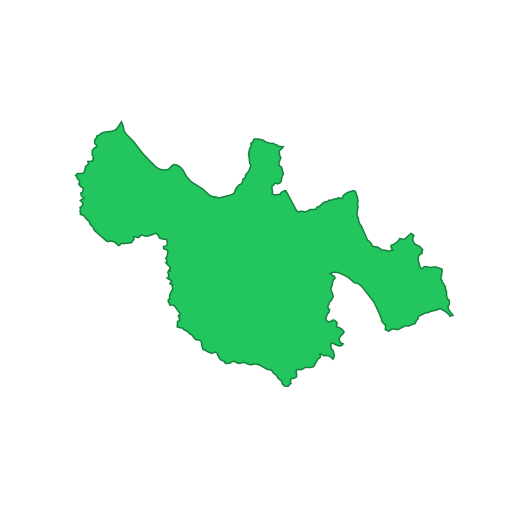 the district of Porto Nacional, Tocantins, Brazil, rotated 302°
{"feature_id": "56859067B7775262442491", "entity_name": "Porto Nacional", "entity_type": "district", "adm_level": 2, "iso_a3": "BRA", "parent_name": "Brazil", "parent_adm1": "Tocantins", "projection": "natural_earth1", "projection_center": [-48.464, -10.549], "detail": "fine", "context": "isolated", "style": "filled", "palette": "green", "viewbox_px": 512, "rotation_deg": 302, "n_neighbors": 0, "source": "geoboundaries", "source_scale": "gbopen_adm2", "svg_char_len": 6104}
<svg xmlns="http://www.w3.org/2000/svg" viewBox="0 0 512 512"><g transform="rotate(302 256 256)"><path d="M267.0,397.8L265.9,402.2L265.4,403.0L262.0,404.7L262.6,408.5L266.3,410.1L268.8,415.4L275.9,419.6L277.2,422.2L283.2,426.8L286.4,426.2L288.8,426.8L290.3,425.6L291.2,426.0L298.2,430.3L298.9,431.9L301.8,433.6L305.5,437.5L309.0,440.0L309.3,445.9L308.5,451.1L307.6,452.1L310.0,454.5L312.9,447.2L315.2,445.4L316.5,445.7L318.0,445.3L320.5,443.7L321.1,442.7L321.3,440.6L323.6,438.5L326.7,436.5L329.1,433.4L330.0,433.2L332.3,429.1L332.5,427.2L333.8,426.9L334.6,424.7L336.4,424.2L342.1,421.7L343.5,420.6L342.0,414.2L339.5,410.8L338.7,410.2L336.9,405.2L336.0,404.3L333.4,403.3L332.7,402.3L333.9,400.6L338.6,395.5L341.6,394.0L344.0,394.2L346.4,395.4L348.3,394.2L349.6,394.0L350.7,390.6L350.8,387.7L350.2,385.1L350.6,384.0L351.6,381.8L353.0,380.1L354.3,379.5L357.1,379.1L357.4,375.5L348.4,372.9L347.1,368.7L343.9,368.6L340.0,367.2L337.7,366.0L337.0,365.0L335.6,365.2L333.3,368.9L332.4,367.5L331.1,366.8L330.4,365.9L329.4,362.7L327.8,360.1L328.1,354.5L326.3,350.7L326.5,348.4L327.5,347.3L328.3,344.7L328.7,343.4L328.4,342.4L337.7,328.8L337.8,327.6L340.3,324.3L342.3,322.8L344.2,319.7L351.8,316.4L353.8,314.5L356.6,313.5L359.9,310.4L363.5,305.8L363.1,304.0L358.5,300.0L353.7,298.0L350.2,298.6L349.1,295.1L348.1,294.4L347.0,294.2L346.5,292.8L342.8,289.8L341.9,288.1L340.4,288.0L338.2,285.6L336.7,284.8L331.3,283.4L330.5,282.1L329.0,281.9L327.9,282.2L327.0,281.6L323.7,276.8L321.5,276.0L319.3,274.2L318.2,270.9L316.2,268.9L315.8,267.4L316.5,265.4L327.2,246.8L326.4,245.5L323.2,243.7L320.7,243.8L320.3,242.5L318.1,240.2L316.9,237.0L319.2,236.0L323.1,232.8L324.1,232.5L325.0,233.2L327.2,233.4L328.2,234.1L328.7,236.3L330.3,237.5L332.9,237.8L336.4,236.2L340.2,235.7L344.8,230.7L345.0,227.8L346.3,226.7L347.4,226.0L352.5,225.0L354.1,222.5L356.9,220.3L358.3,220.2L361.6,221.2L363.2,221.2L361.1,217.5L360.9,216.3L361.3,215.2L360.8,213.8L360.7,210.9L359.2,208.8L357.7,203.1L358.0,202.1L357.9,199.6L356.5,196.7L356.4,195.6L355.4,194.7L354.9,193.3L353.9,192.3L350.7,192.9L349.0,191.9L348.1,192.4L347.4,193.5L343.4,193.8L338.0,195.9L336.5,197.5L331.3,201.5L330.6,202.9L329.4,204.1L328.2,203.9L324.6,204.9L318.8,204.2L316.8,205.5L314.2,204.2L311.9,205.2L310.2,205.4L308.8,205.1L307.7,204.1L305.2,203.5L301.9,203.3L298.7,204.0L296.7,203.8L294.2,202.1L285.6,193.9L284.5,189.7L283.5,188.8L282.9,184.5L284.6,175.2L284.6,161.8L286.8,154.4L289.7,149.5L290.8,146.7L291.3,144.0L291.3,141.0L290.5,138.6L289.7,137.7L288.1,136.8L283.4,135.9L281.9,134.8L280.7,133.1L278.9,129.4L278.5,128.0L278.4,124.6L280.5,115.1L283.2,104.8L288.0,92.2L290.6,81.2L292.3,77.8L296.3,74.0L298.5,70.8L291.5,70.6L288.3,70.0L285.5,67.7L280.6,61.7L278.3,59.8L275.7,59.2L273.7,57.5L270.8,58.2L269.9,57.7L268.6,57.8L265.8,59.9L265.4,62.4L264.3,62.8L260.8,61.4L258.7,61.3L254.8,63.5L254.6,64.8L253.6,65.8L252.3,65.9L251.5,66.8L250.3,67.0L248.6,65.6L247.1,63.3L245.6,64.9L244.6,65.1L241.7,64.0L236.5,65.8L234.3,65.3L231.0,60.7L228.6,60.4L228.5,61.9L226.9,63.5L226.6,65.8L224.6,67.7L223.1,67.4L223.2,68.5L222.1,69.6L222.0,73.6L218.5,75.1L217.5,74.8L216.8,74.1L215.8,74.6L214.9,75.4L213.5,79.6L212.5,79.4L211.8,78.3L209.9,77.6L209.4,80.6L208.5,81.7L205.2,81.9L204.0,81.0L202.0,82.8L200.6,83.0L199.7,84.5L198.5,84.6L198.3,86.2L199.0,87.6L198.8,89.0L197.3,93.2L196.9,96.3L196.1,97.0L194.9,98.8L194.0,102.8L192.1,105.1L189.4,121.5L190.0,123.2L191.9,125.1L193.0,129.0L191.9,133.9L192.7,134.7L194.7,134.7L195.5,135.5L196.2,137.0L201.2,143.2L202.4,143.6L203.7,143.3L205.3,143.7L206.3,143.3L207.0,142.1L208.1,142.4L209.2,146.5L213.0,147.8L213.7,148.9L214.0,150.9L215.1,153.3L220.7,158.1L221.9,158.3L222.4,159.5L221.6,162.5L220.4,164.0L220.1,165.2L221.4,169.2L222.8,171.2L219.6,174.4L217.1,174.6L216.0,173.9L215.1,172.5L213.7,173.4L213.1,174.5L213.8,175.5L213.9,177.3L213.4,178.4L212.5,179.3L208.8,180.7L206.2,180.7L204.9,182.9L203.8,183.8L202.6,183.0L201.6,186.2L201.1,189.3L198.4,189.8L197.6,191.1L197.1,189.7L195.3,189.9L194.5,191.2L191.2,193.5L190.4,192.3L190.0,193.8L190.4,197.3L189.7,198.3L187.9,197.3L186.8,197.7L187.4,200.7L186.3,200.7L184.2,202.7L177.7,203.3L175.4,204.3L174.2,205.5L172.4,204.7L170.8,205.7L170.1,207.4L168.6,208.9L169.8,210.4L170.5,212.0L170.4,213.5L167.6,220.4L167.3,221.9L165.8,222.8L165.1,221.8L163.7,222.0L163.5,223.4L162.4,223.8L161.3,225.5L160.0,225.1L159.1,224.1L154.2,226.7L154.4,228.2L156.1,232.5L155.3,233.8L155.7,238.0L154.9,240.6L155.1,243.5L153.3,247.8L153.2,249.4L154.7,252.5L154.6,254.2L154.1,255.4L151.7,257.1L148.5,260.7L149.2,262.1L149.2,265.5L149.9,270.0L152.7,272.2L153.2,273.6L152.9,275.0L151.5,275.9L151.1,277.6L150.0,278.7L149.5,280.1L149.2,281.7L150.0,284.8L149.0,285.7L148.8,287.4L151.5,290.8L153.6,291.5L154.6,292.5L155.2,294.0L155.4,297.5L156.1,298.9L159.7,302.4L159.7,304.6L160.4,307.9L161.3,309.7L164.0,312.4L165.4,316.4L165.8,325.9L166.7,327.2L166.8,328.5L167.4,329.7L166.2,332.0L165.7,334.5L165.7,336.7L164.1,339.2L163.5,343.2L162.9,344.7L161.4,346.3L160.8,348.5L161.2,350.0L162.2,351.9L163.1,352.5L165.3,352.6L166.4,353.3L167.3,352.1L169.6,350.7L171.0,351.2L172.3,352.9L174.8,354.4L177.7,352.9L178.8,351.6L180.3,350.8L181.3,350.8L183.3,354.2L184.9,355.6L186.4,356.1L188.0,357.4L190.0,360.9L192.1,363.1L194.0,363.7L195.5,363.2L201.6,363.2L203.7,364.1L205.0,364.0L206.5,362.1L207.4,363.7L207.4,366.4L209.3,369.0L209.8,370.5L209.9,372.4L209.3,375.9L211.0,375.9L213.2,375.1L216.0,372.2L216.7,371.3L217.1,369.6L219.3,366.9L221.4,366.3L222.6,366.6L223.1,371.3L224.0,375.0L226.4,376.4L227.7,376.4L227.2,374.7L227.6,373.0L229.7,370.4L231.3,370.0L237.2,371.1L238.7,370.6L239.6,366.2L238.7,361.5L242.1,360.5L242.9,358.7L243.0,356.0L241.8,354.6L240.4,354.3L238.8,353.0L238.5,350.6L239.4,348.5L244.7,347.2L246.4,347.7L249.4,347.0L249.9,344.8L251.9,343.2L253.4,343.6L254.8,342.7L258.1,343.4L262.5,343.1L265.2,340.1L265.7,338.9L268.2,336.6L272.0,335.9L276.3,334.2L278.7,334.9L280.4,333.5L280.1,330.9L280.5,328.2L283.3,330.4L285.4,334.2L286.3,339.5L286.7,345.3L285.6,352.8L285.6,353.9L286.7,356.9L286.7,358.2L285.9,362.8L279.4,380.5L272.9,390.6L269.3,395.4L267.0,397.8Z" fill="#22c55e" stroke="#15803d" stroke-width="1.5"/></g></svg>